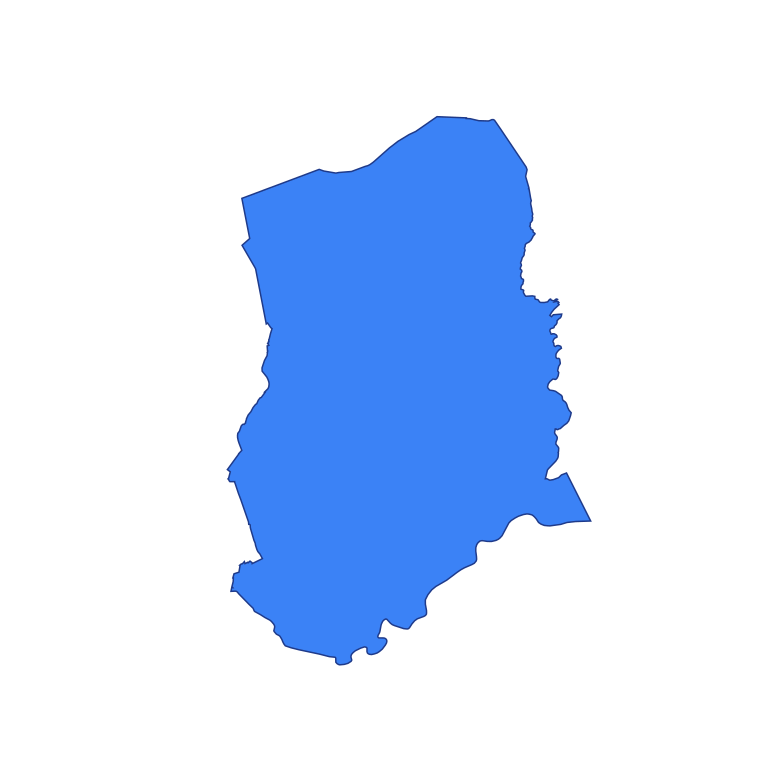 Westerkwartier, Groningen, Netherlands (Equal Earth projection), rotated 143°
{"feature_id": "6326949B76926686027911", "entity_name": "Westerkwartier", "entity_type": "district", "adm_level": 2, "iso_a3": "NLD", "parent_name": "Netherlands", "parent_adm1": "Groningen", "projection": "equal_earth", "projection_center": [6.305, 53.214], "detail": "fine", "context": "isolated", "style": "filled", "palette": "blue", "viewbox_px": 768, "rotation_deg": 143, "n_neighbors": 0, "source": "geoboundaries", "source_scale": "gbopen_adm2", "svg_char_len": 6159}
<svg xmlns="http://www.w3.org/2000/svg" viewBox="0 0 768 768"><g transform="rotate(143 384 384)"><path d="M626.3,304.2L624.4,289.3L623.6,284.3L623.5,283.6L624.2,281.0L624.2,280.2L621.5,274.2L619.6,269.1L617.3,264.2L616.8,262.2L616.6,258.7L616.8,257.2L617.2,256.2L617.9,255.4L620.5,253.2L620.7,252.4L620.5,249.0L619.2,246.3L618.9,245.1L619.3,241.5L620.0,238.9L620.4,236.6L620.4,234.3L616.9,229.2L611.9,223.0L598.0,207.0L591.7,199.1L587.6,195.3L587.4,194.8L587.5,194.1L589.9,190.8L589.8,189.0L589.2,187.5L588.4,186.4L584.5,184.0L580.9,182.6L577.2,182.3L575.9,182.9L574.7,185.9L573.6,187.0L572.6,187.6L570.3,188.1L567.4,188.2L561.6,187.1L557.8,185.8L556.8,184.7L556.5,183.9L556.6,183.2L558.6,180.6L559.1,179.2L558.9,178.0L558.3,176.9L556.7,175.4L554.0,174.2L551.3,173.3L548.7,173.1L544.9,173.3L540.0,174.7L537.8,175.7L536.4,177.0L535.9,178.2L535.9,179.3L536.4,180.6L537.4,181.6L540.9,184.3L541.2,185.1L541.0,186.0L539.9,186.9L537.2,188.1L536.0,189.0L531.8,192.9L530.5,193.9L527.8,195.3L525.5,195.6L523.9,195.2L523.3,194.3L522.8,189.0L522.2,186.8L521.0,184.7L515.4,176.7L512.9,174.4L511.8,173.9L510.3,174.0L506.0,175.6L501.9,176.5L498.6,176.4L492.0,174.4L490.1,174.2L488.6,174.7L487.7,175.7L486.4,177.5L483.5,183.2L481.3,186.2L480.6,186.9L475.7,189.3L469.7,190.9L464.3,191.1L452.0,189.6L438.9,189.6L434.4,189.4L430.2,188.8L422.5,186.9L419.7,186.5L416.8,187.2L415.5,188.3L413.9,190.7L411.3,195.3L409.1,198.1L406.6,199.9L404.3,200.7L401.8,200.8L400.5,200.2L399.4,199.4L396.2,196.1L392.8,193.5L388.7,191.7L386.1,191.2L384.2,191.2L381.0,191.8L367.9,197.9L364.6,198.4L360.0,198.1L356.2,197.5L351.1,195.8L348.0,194.2L346.5,192.8L344.7,190.6L344.2,189.3L343.8,187.4L343.6,184.7L343.9,180.4L343.0,177.7L341.1,174.6L338.5,172.2L336.8,170.8L327.3,165.5L321.2,163.3L313.8,158.9L301.4,150.2L291.8,203.1L297.0,204.6L300.9,204.1L306.4,205.8L309.5,207.4L311.0,210.4L312.2,211.2L305.3,216.9L303.6,217.4L293.3,219.0L290.0,220.2L288.8,221.0L286.3,223.8L286.0,224.4L286.1,224.5L285.2,225.1L283.1,227.6L282.8,228.5L282.9,232.6L281.6,234.1L278.9,235.8L277.9,236.9L277.5,237.9L277.4,241.7L276.8,242.8L274.8,244.5L274.5,245.0L273.7,244.7L273.3,243.5L272.7,243.0L271.5,242.9L270.0,242.3L265.2,242.7L261.6,242.6L258.6,243.4L257.7,244.0L254.0,246.5L251.8,248.4L252.0,251.8L251.4,254.7L250.3,257.7L250.0,259.2L250.1,260.9L250.8,263.0L250.7,264.0L250.4,264.8L249.4,266.4L249.1,268.0L251.4,274.9L252.6,276.6L255.4,279.5L255.5,282.0L255.2,283.2L252.8,285.2L250.0,286.1L246.3,286.3L245.3,285.6L244.6,284.6L243.5,284.3L242.1,284.6L240.0,285.7L237.6,287.9L237.4,288.8L237.5,289.6L236.9,290.5L233.9,293.0L231.4,294.0L230.7,294.5L228.8,298.1L229.0,299.3L230.4,300.2L230.7,300.8L230.4,302.2L229.0,304.0L227.9,304.8L225.9,305.5L223.7,305.9L220.8,305.8L220.5,306.7L220.3,307.0L220.2,307.8L221.1,309.2L221.8,310.0L222.9,310.6L224.6,310.8L225.1,311.9L224.8,313.0L223.9,314.3L223.7,316.0L223.1,316.6L221.6,317.5L220.0,317.8L217.7,317.3L217.3,317.7L216.9,318.4L216.9,319.7L217.8,321.6L219.1,322.7L220.0,322.8L220.5,323.2L220.5,323.7L220.0,324.8L219.8,326.2L219.2,327.1L218.1,327.7L217.0,327.7L215.1,326.9L214.3,326.8L212.9,327.8L211.0,327.9L209.6,328.4L208.7,329.1L207.7,330.4L205.0,330.8L203.4,330.7L202.5,331.0L201.3,331.7L200.0,332.9L207.1,337.4L209.7,337.0L210.3,339.0L206.7,340.4L203.3,341.3L196.4,342.0L196.4,343.8L195.3,343.8L195.4,345.3L196.8,346.2L198.2,346.9L194.5,347.2L194.6,347.4L195.0,348.0L195.7,348.3L198.0,348.2L198.6,348.5L199.8,350.1L200.0,350.6L199.8,351.5L200.2,351.8L201.8,351.7L203.8,351.1L206.9,352.6L209.9,354.9L210.4,355.9L210.3,358.6L212.1,360.7L211.8,361.9L210.8,363.2L212.5,365.1L217.9,368.7L218.1,369.9L217.7,372.9L217.2,373.8L216.3,374.4L216.1,374.8L216.3,375.5L217.6,377.3L216.9,378.3L215.9,379.3L214.7,380.0L212.7,380.4L211.8,381.5L210.8,382.1L209.9,383.2L209.8,383.8L210.7,385.5L210.2,386.8L210.0,388.0L207.8,390.1L206.3,390.7L205.6,392.0L206.0,393.8L204.5,395.2L203.0,395.9L202.3,397.1L202.2,398.3L201.5,399.0L200.0,399.8L197.6,401.7L195.1,402.4L194.3,402.9L193.1,404.4L190.9,405.9L190.5,406.8L190.2,407.9L188.4,409.0L187.4,410.2L185.7,410.6L182.7,410.1L179.6,410.5L178.4,411.2L177.3,411.5L176.4,412.2L173.0,413.0L172.9,413.6L173.5,415.5L172.5,417.1L172.8,418.1L173.4,419.0L173.3,420.0L172.7,420.8L172.7,422.4L171.5,422.9L170.2,424.6L168.7,424.8L166.7,425.6L166.3,426.5L165.2,427.3L164.6,428.9L163.0,430.1L161.9,432.8L160.5,435.2L158.4,439.7L157.2,441.0L156.1,441.7L155.2,443.9L150.7,452.6L151.0,453.0L150.2,453.5L146.1,464.2L145.7,464.8L140.8,469.0L139.9,471.8L137.5,516.5L137.0,528.0L137.2,528.7L137.7,529.5L138.9,530.3L140.9,530.7L142.3,531.2L149.8,537.2L155.5,544.0L158.6,546.6L158.1,547.0L180.8,565.6L206.7,566.6L213.8,568.1L226.7,569.4L237.5,569.3L259.2,567.6L263.2,567.7L265.5,568.1L268.0,569.1L282.1,573.3L292.8,580.1L295.5,581.4L303.9,590.3L306.6,594.4L385.8,617.8L403.7,581.0L413.9,580.2L417.0,554.5L417.3,553.1L441.9,502.8L440.3,502.8L440.5,496.9L440.1,495.6L444.3,492.6L448.4,489.2L449.5,488.6L450.5,487.1L450.8,487.3L451.5,486.9L451.9,486.2L452.5,486.4L452.7,484.2L454.4,484.7L456.7,481.2L457.1,480.6L457.0,480.3L458.3,479.4L458.2,479.2L460.3,477.0L465.3,474.7L471.7,470.3L473.6,467.6L473.4,460.0L473.9,457.6L474.7,455.0L475.7,453.2L477.7,451.1L479.4,450.1L484.3,449.4L484.0,448.9L490.1,447.1L491.3,447.5L494.2,446.7L497.6,444.8L498.9,445.0L502.7,444.0L506.9,442.0L511.1,441.0L514.8,439.0L515.1,438.6L518.0,436.5L518.0,436.2L520.0,435.9L520.4,436.5L521.4,436.8L523.3,436.4L527.9,433.3L530.4,432.6L531.9,431.1L533.2,429.3L534.5,426.5L535.4,423.9L537.5,416.6L541.9,415.8L541.9,415.6L560.6,409.9L559.6,406.4L564.6,402.4L565.7,402.1L565.5,401.6L565.9,399.7L565.8,398.7L562.1,396.0L562.4,395.8L562.7,394.3L566.1,384.2L567.9,378.0L575.2,355.4L576.5,353.3L575.8,352.7L575.7,351.9L577.0,350.1L577.7,348.6L581.9,337.5L582.6,334.6L583.7,332.4L585.1,328.4L585.5,326.6L585.6,325.2L585.4,323.0L586.2,317.7L597.4,319.9L596.9,320.7L597.6,323.2L600.1,323.0L600.1,323.6L603.1,324.2L602.4,326.2L604.9,325.7L605.6,325.8L606.4,326.2L608.3,326.1L608.1,325.8L613.1,321.0L618.0,322.7L621.4,320.1L621.0,319.8L623.3,317.0L627.5,313.6L627.4,312.4L628.2,313.0L631.0,310.5L627.6,308.2L626.7,307.3L626.3,306.0L626.3,304.2Z" fill="#3b82f6" stroke="#1e3a8a" stroke-width="1.5"/></g></svg>